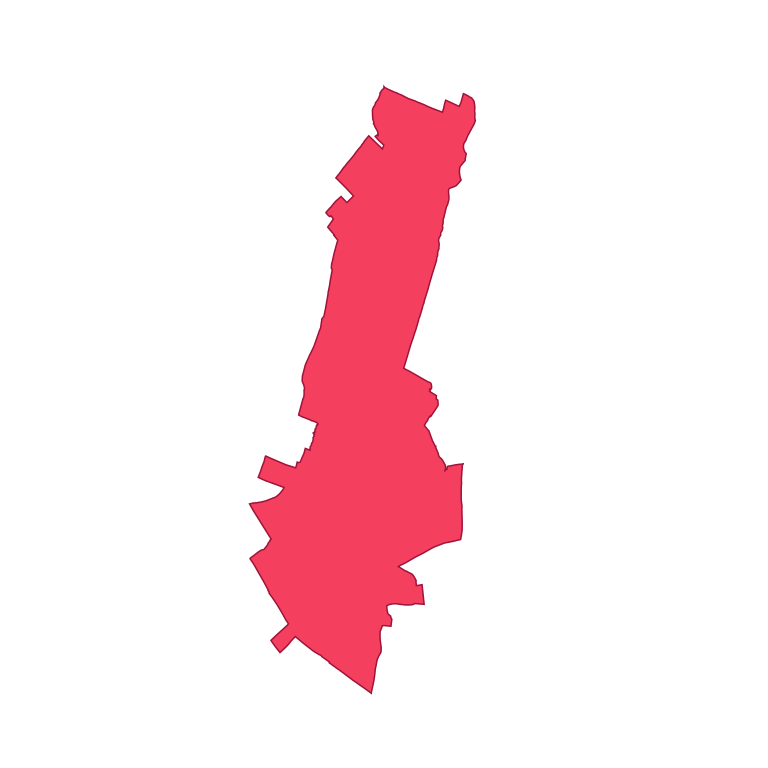 outline of Vutcani, Vaslui, Romania, rotated 47°
{"feature_id": "2599482B53104310937331", "entity_name": "Vutcani", "entity_type": "district", "adm_level": 2, "iso_a3": "ROU", "parent_name": "Romania", "parent_adm1": "Vaslui", "projection": "equal_earth", "projection_center": [27.986, 46.445], "detail": "fine", "context": "isolated", "style": "filled", "palette": "rose", "viewbox_px": 768, "rotation_deg": 47, "n_neighbors": 0, "source": "geoboundaries", "source_scale": "gbopen_adm2", "svg_char_len": 6134}
<svg xmlns="http://www.w3.org/2000/svg" viewBox="0 0 768 768"><g transform="rotate(47 384 384)"><path d="M601.5,604.2L601.0,603.7L594.2,593.9L590.7,589.5L586.4,584.6L585.0,582.5L581.1,577.2L579.2,572.9L578.4,569.9L577.9,569.0L577.5,568.4L574.7,565.7L569.1,561.7L566.6,559.7L562.7,556.0L562.2,555.3L560.4,551.4L559.6,550.2L560.8,548.6L565.9,544.1L561.4,538.7L560.1,538.5L558.1,537.4L555.7,537.8L554.6,537.8L551.1,535.7L548.1,533.3L548.8,530.7L550.8,527.4L553.8,524.2L554.8,523.7L555.4,523.1L560.1,519.1L562.3,516.8L564.8,513.7L565.1,513.0L565.6,511.2L572.5,504.9L556.7,493.0L554.8,496.0L553.5,497.8L549.9,495.1L549.9,494.7L548.3,494.1L543.8,493.1L541.7,493.3L537.4,494.9L536.3,495.1L535.8,495.5L535.6,495.8L527.2,498.0L527.7,496.3L527.8,495.2L528.1,494.8L529.5,490.0L532.0,479.0L534.2,471.5L536.6,461.4L537.4,458.5L541.6,448.1L546.2,440.8L548.8,436.0L550.0,434.1L546.9,429.9L544.4,426.8L539.0,421.6L528.5,412.3L526.7,410.4L522.1,407.1L520.8,406.0L513.1,398.8L510.5,396.2L509.9,395.3L506.8,392.7L501.0,386.6L496.5,381.6L496.5,380.8L496.5,380.6L496.4,380.5L494.9,382.8L494.0,383.8L491.4,387.6L489.0,391.5L487.7,393.3L487.7,394.1L489.2,395.9L489.2,396.3L488.8,397.5L489.0,398.6L488.8,398.5L488.2,397.0L487.3,396.1L485.1,394.5L479.3,393.1L477.2,393.0L475.7,393.3L474.3,393.1L471.7,391.7L465.3,389.3L464.9,388.6L464.6,389.0L459.6,387.5L458.9,387.4L449.1,383.2L441.9,382.8L441.5,381.5L441.1,380.9L440.3,376.6L439.4,375.1L438.9,372.2L439.5,372.3L439.6,371.8L437.5,362.7L436.5,359.1L435.4,357.9L432.4,355.6L430.8,356.1L428.2,353.6L420.6,355.7L420.7,355.2L420.0,354.3L419.2,354.4L418.8,354.1L419.0,353.7L419.6,353.5L419.8,353.1L419.5,352.1L417.8,350.4L415.5,349.2L415.1,349.2L413.7,349.6L412.8,350.2L408.5,351.6L391.3,356.9L389.2,357.8L385.9,358.8L380.8,350.0L373.2,337.1L372.7,336.0L371.6,334.2L370.7,332.2L367.4,326.4L365.9,323.5L361.2,315.6L360.0,314.0L359.4,312.4L355.0,304.8L352.7,301.3L352.4,300.2L350.6,297.6L344.9,287.6L344.1,286.2L342.6,283.9L336.9,274.4L330.0,262.3L329.3,261.2L327.8,259.5L327.2,258.6L327.0,257.9L326.3,256.9L324.0,254.6L322.6,251.7L322.2,251.2L321.3,250.5L319.6,248.4L316.5,246.4L315.7,245.5L314.7,244.1L314.0,241.5L313.7,240.9L312.3,239.6L311.9,238.7L311.5,237.1L310.8,235.8L309.7,234.3L308.4,233.6L306.2,230.5L304.4,229.0L303.0,226.6L297.0,217.5L296.3,215.4L293.5,210.9L291.7,209.1L286.8,205.2L285.6,203.4L285.7,202.3L287.3,198.6L288.2,195.8L287.9,191.7L287.4,188.5L284.0,186.9L280.0,184.0L277.7,181.3L276.8,179.8L275.9,172.3L274.5,170.7L271.6,166.7L269.4,166.6L266.9,165.7L264.7,164.2L262.7,161.8L261.7,158.1L259.6,153.6L255.3,140.7L253.7,137.6L251.3,136.1L248.2,133.0L245.8,131.3L244.2,129.4L241.7,127.4L238.7,125.4L234.7,124.8L233.3,125.2L232.3,125.8L230.6,126.0L226.6,127.5L225.8,127.9L230.6,135.7L232.2,139.7L218.5,145.3L220.3,148.4L223.2,152.6L225.1,155.9L215.8,160.5L210.4,162.9L206.3,164.5L204.4,165.5L202.8,166.1L201.6,166.9L200.6,167.2L199.3,167.8L198.7,168.0L191.9,171.5L185.8,173.7L185.0,173.9L181.3,175.7L180.0,176.0L178.1,177.1L171.0,180.1L168.8,180.8L167.9,181.3L166.5,181.2L167.5,182.2L167.7,182.8L167.6,185.0L167.8,185.6L167.8,186.2L168.4,187.4L168.3,188.3L168.5,188.6L169.3,189.0L171.3,193.0L172.0,195.2L172.5,198.2L174.1,201.1L174.1,202.6L174.8,203.7L175.0,204.4L176.1,206.1L176.9,206.6L177.8,207.5L178.9,208.3L179.4,209.0L180.2,209.5L180.9,210.2L181.8,210.6L182.4,211.4L184.4,212.4L185.9,212.8L186.4,214.2L188.4,214.5L189.2,215.1L193.1,216.0L195.4,216.6L196.9,217.9L197.7,218.2L198.2,219.1L197.2,219.3L197.0,219.9L196.9,221.6L201.5,221.7L209.2,221.2L211.0,224.9L192.1,225.9L193.0,232.8L193.6,234.8L193.9,237.1L194.2,237.6L194.6,239.8L194.6,240.9L194.9,243.2L195.5,247.2L195.8,248.3L196.3,250.9L197.2,258.1L197.2,258.9L197.8,263.0L198.1,264.0L198.1,265.7L198.4,266.4L198.4,267.3L198.6,267.9L199.7,273.6L200.1,277.0L200.5,278.7L201.9,278.5L214.7,278.1L225.7,278.1L226.0,287.4L217.6,287.5L217.4,294.2L217.5,295.7L218.0,299.9L218.4,301.5L218.4,304.0L218.8,308.1L218.9,309.3L219.2,309.7L222.6,309.8L224.4,309.6L224.7,309.3L224.9,308.0L228.8,308.5L230.9,318.2L241.3,318.7L241.2,319.3L247.3,319.7L248.9,322.5L254.6,331.7L258.8,337.7L259.8,339.2L260.2,340.1L263.3,343.5L263.7,343.7L265.1,343.9L272.0,353.2L275.1,357.0L278.9,362.4L279.9,363.4L289.3,375.8L292.8,380.8L293.4,381.6L293.6,382.5L294.0,385.0L299.8,392.2L300.9,394.8L308.7,409.6L311.5,416.8L312.2,418.9L314.0,422.9L315.4,426.4L316.3,428.4L322.6,438.3L325.4,441.3L326.2,441.9L328.4,442.8L330.1,443.4L332.9,445.0L333.4,445.8L334.3,447.0L336.3,448.7L338.7,451.3L339.7,453.6L346.5,464.5L348.4,467.6L351.6,466.5L358.1,463.3L361.1,462.0L361.3,462.1L361.9,461.8L362.0,461.5L365.3,459.9L366.5,459.5L368.2,459.5L368.0,460.0L368.7,460.8L368.8,461.1L368.2,461.5L369.9,463.9L370.2,464.5L369.9,465.0L370.2,465.4L371.0,465.9L371.1,466.5L371.4,466.9L372.0,467.1L371.6,467.7L371.8,468.0L372.2,468.2L372.2,468.5L371.6,468.9L371.5,469.3L372.4,469.5L373.1,469.2L373.5,469.3L373.6,469.5L373.7,470.3L374.6,470.6L374.7,470.8L374.6,471.4L374.8,472.4L376.8,474.2L377.4,475.5L377.9,476.1L377.9,477.1L378.1,477.7L379.2,478.8L379.4,479.3L379.5,480.4L379.7,481.0L380.4,481.6L380.9,482.4L381.8,482.9L382.0,483.2L377.4,485.5L380.1,489.7L381.8,493.8L384.0,498.7L382.9,500.4L381.9,500.7L384.2,504.2L385.0,505.8L376.0,510.9L361.6,517.3L356.0,519.6L356.0,520.0L357.0,521.7L358.7,524.2L361.8,530.6L363.3,533.1L366.5,539.7L373.1,537.0L391.5,527.7L392.3,529.8L393.0,534.6L393.1,537.0L392.8,540.0L392.6,540.8L388.7,550.4L387.5,552.6L386.2,554.9L384.8,556.8L384.4,557.7L381.8,560.9L380.0,564.1L387.4,565.9L420.4,572.3L420.4,573.7L420.7,574.1L421.0,574.2L420.9,574.4L421.4,577.1L421.7,578.0L422.3,579.2L423.1,584.5L422.8,585.3L421.7,587.2L421.1,590.6L420.7,595.6L420.1,600.6L420.2,600.8L420.6,601.2L426.2,602.0L446.2,606.7L454.6,608.9L455.4,609.2L456.0,609.7L457.6,609.9L458.6,610.7L462.9,611.2L472.1,612.6L483.4,615.1L489.6,616.7L494.1,617.4L494.5,619.0L494.3,633.7L494.4,641.5L497.1,642.0L504.0,642.8L509.5,643.2L509.5,637.7L509.4,633.1L509.0,629.7L508.7,627.9L508.2,621.1L518.0,619.9L531.3,617.8L537.4,616.1L539.2,615.3L539.6,615.2L541.0,615.4L550.2,613.5L550.6,614.2L565.7,611.2L579.2,608.8L593.7,605.7L601.5,604.2Z" fill="#f43f5e" stroke="#9f1239" stroke-width="1.5"/></g></svg>